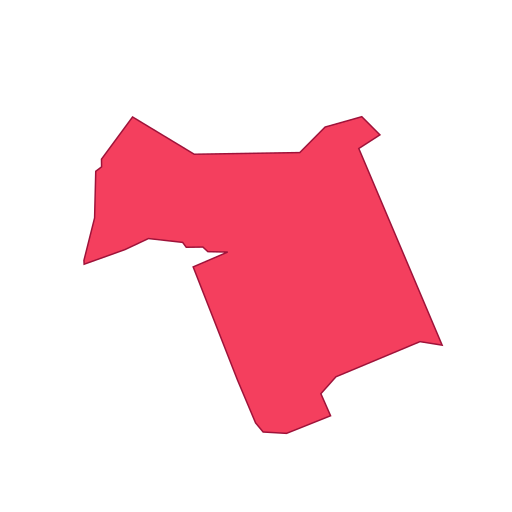 the district of Los Alamos, New Mexico, United States of America, rotated 157°
{"feature_id": "52423323B125057761127", "entity_name": "Los Alamos", "entity_type": "district", "adm_level": 2, "iso_a3": "USA", "parent_name": "United States of America", "parent_adm1": "New Mexico", "projection": "albers", "projection_center": [-106.278, 35.865], "detail": "fine", "context": "isolated", "style": "filled", "palette": "rose", "viewbox_px": 512, "rotation_deg": 157, "n_neighbors": 0, "source": "geoboundaries", "source_scale": "gbopen_adm2", "svg_char_len": 539}
<svg xmlns="http://www.w3.org/2000/svg" viewBox="0 0 512 512"><g transform="rotate(157 256 256)"><path d="M318.1,270.5L321.5,148.9L321.6,102.5L318.2,91.2L297.2,80.8L249.8,79.8L250.1,103.9L229.6,113.6L138.5,113.1L119.5,101.2L119.4,314.8L94.6,319.1L104.2,342.9L142.0,347.7L175.3,334.1L273.1,373.8L315.3,432.2L360.4,405.5L363.3,398.4L370.4,396.6L389.7,354.1L416.1,319.2L417.4,315.6L374.1,313.1L348.2,314.1L318.2,297.2L316.8,291.3L301.4,285.0L298.6,278.8L280.5,270.7L318.1,270.5Z" fill="#f43f5e" stroke="#9f1239" stroke-width="1.5"/></g></svg>